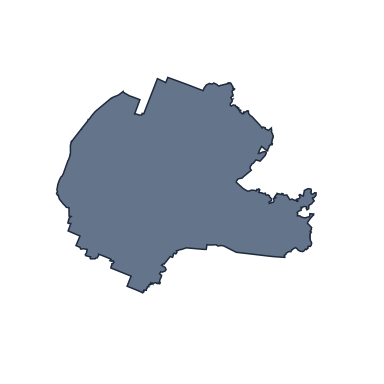 Blīdenes pag., Brocenu, Latvia (Albers equal-area conic projection), rotated 299°
{"feature_id": "27541924B82877034369883", "entity_name": "Blīdenes pag.", "entity_type": "district", "adm_level": 2, "iso_a3": "LVA", "parent_name": "Latvia", "parent_adm1": "Brocenu", "projection": "albers", "projection_center": [22.765, 56.631], "detail": "fine", "context": "isolated", "style": "filled", "palette": "slate", "viewbox_px": 384, "rotation_deg": 299, "n_neighbors": 0, "source": "geoboundaries", "source_scale": "gbopen_adm2", "svg_char_len": 6017}
<svg xmlns="http://www.w3.org/2000/svg" viewBox="0 0 384 384"><g transform="rotate(299 192 192)"><path d="M218.9,313.9L219.9,310.5L220.3,309.7L220.4,308.3L221.5,307.8L226.0,308.3L230.6,309.3L230.7,309.5L231.8,309.1L230.2,305.6L227.5,306.8L224.1,303.3L223.2,300.2L223.4,298.0L222.3,295.6L224.2,295.1L225.0,293.9L227.1,294.6L228.8,296.3L231.5,294.9L231.4,295.9L232.9,296.4L233.8,297.1L234.0,298.1L234.6,299.1L234.5,299.7L233.0,299.9L232.1,301.2L234.0,302.2L235.9,301.2L237.3,300.8L239.8,302.4L241.9,302.6L243.1,303.2L243.5,303.1L244.9,300.3L245.5,300.4L246.1,301.4L249.0,302.1L251.4,301.0L250.8,299.6L249.9,299.4L248.3,298.3L248.2,297.5L249.4,295.9L249.9,296.2L251.4,295.4L252.2,294.7L251.4,292.2L249.6,290.6L247.6,289.5L246.7,290.0L243.7,290.7L243.1,291.3L242.2,291.1L242.1,290.1L242.2,287.6L241.1,287.2L240.4,288.5L239.2,289.2L238.5,289.0L236.3,287.0L235.6,288.8L235.0,289.0L234.7,288.1L235.1,287.4L234.4,284.9L234.4,283.0L232.7,281.3L235.4,276.4L233.7,274.0L233.9,272.6L234.6,272.4L234.2,271.2L233.0,271.2L232.6,269.1L232.1,267.7L231.8,267.7L232.0,267.1L230.8,267.2L230.4,266.9L227.7,266.7L227.6,268.0L225.9,266.4L224.1,268.1L222.4,268.0L219.5,265.1L220.7,264.2L222.9,265.7L224.5,265.0L225.5,262.0L226.2,261.6L226.4,259.9L225.2,258.4L225.5,257.5L226.5,256.8L225.0,254.8L225.2,253.8L224.0,250.7L226.9,250.1L227.1,249.2L227.1,248.9L226.3,248.7L225.7,247.5L225.2,247.8L224.1,247.6L223.9,246.4L222.6,243.2L220.6,241.5L219.7,240.0L219.9,234.8L222.0,226.0L223.1,225.6L225.9,226.0L228.6,229.2L230.4,229.6L239.8,233.3L240.7,231.5L242.2,230.7L242.9,230.6L244.6,230.9L245.3,230.6L246.8,231.7L251.1,232.4L252.0,236.6L259.4,238.3L262.1,238.1L262.7,237.4L262.7,236.1L262.3,235.8L261.3,234.4L258.8,232.6L257.9,231.4L261.4,230.8L265.6,230.8L264.3,237.8L264.8,238.2L266.0,237.5L266.5,237.7L268.4,237.6L269.7,237.1L270.4,237.7L271.6,237.6L271.7,238.1L272.1,238.1L272.0,238.5L272.1,239.1L273.1,239.0L273.3,238.8L273.5,238.1L274.1,237.7L275.2,237.5L275.8,237.0L276.7,237.0L277.9,236.4L278.7,236.7L279.7,236.3L280.1,235.7L280.8,235.5L281.0,235.0L282.2,233.8L283.1,232.2L284.2,232.1L284.8,231.4L285.7,231.0L285.9,230.4L286.2,230.3L282.9,229.0L283.0,228.0L282.7,226.2L282.9,225.4L283.2,224.9L283.7,224.8L283.2,222.5L281.9,222.3L283.4,218.9L286.4,209.8L287.1,207.6L287.0,206.7L287.2,205.7L288.0,203.6L289.2,202.6L290.0,202.2L290.2,201.7L289.5,200.8L289.3,201.0L289.0,200.4L288.2,200.2L287.4,199.5L287.3,198.9L287.0,198.8L286.9,198.3L285.7,198.5L285.6,199.1L284.8,198.2L284.9,197.1L285.3,195.9L285.1,195.6L285.5,195.0L286.0,194.5L286.4,194.5L286.9,195.2L287.1,195.0L286.9,194.1L286.4,194.1L286.2,193.7L287.0,192.7L288.0,192.4L288.1,191.2L287.4,191.1L287.9,190.4L287.9,190.0L288.3,189.9L288.0,189.0L288.8,187.9L288.2,186.0L286.8,185.0L286.3,184.9L286.3,184.0L286.7,183.2L287.8,182.7L289.0,183.0L289.4,182.8L289.9,183.2L291.1,183.1L291.9,182.5L292.9,182.6L292.2,181.9L292.7,181.5L292.8,181.1L293.1,180.8L293.3,180.2L295.3,180.5L295.5,181.2L296.8,181.0L297.4,180.0L299.6,178.1L300.7,178.4L301.3,179.0L301.6,179.0L301.8,178.5L302.3,179.3L302.8,179.3L302.9,178.7L302.6,178.2L302.6,177.6L303.1,177.5L303.5,176.7L304.0,176.6L304.8,175.0L305.9,173.4L305.9,173.1L305.8,172.8L305.9,172.4L305.3,172.3L305.4,171.6L305.1,170.8L304.5,170.5L304.2,170.9L299.2,165.4L297.8,164.3L297.6,163.1L298.1,161.8L297.9,158.2L296.5,157.5L295.7,156.3L295.5,154.7L292.7,152.7L289.0,152.2L286.0,152.5L283.7,135.9L280.5,115.3L275.0,116.0L274.4,106.8L237.0,111.9L236.6,110.3L235.0,110.6L233.8,108.8L233.2,105.4L232.4,104.0L247.5,101.7L246.1,92.1L245.7,91.1L245.8,91.0L245.9,83.7L246.6,83.1L241.0,80.6L236.8,77.1L234.7,76.0L234.8,75.8L215.6,68.4L210.2,67.3L205.6,66.8L205.2,66.1L203.3,66.3L193.3,64.6L193.3,64.9L191.8,64.4L181.0,62.7L178.0,62.4L178.0,62.0L177.1,62.0L177.1,62.3L173.9,63.0L167.3,66.7L165.2,67.3L165.3,67.5L160.3,68.4L159.2,68.3L145.5,70.6L142.7,70.6L141.7,70.1L138.1,70.2L133.6,71.0L129.2,72.5L128.1,73.0L126.8,74.4L125.2,74.1L124.0,75.9L124.5,76.4L121.5,79.4L119.1,85.3L118.4,87.9L117.7,89.4L118.0,90.5L118.6,92.0L111.3,96.2L112.0,98.1L109.6,97.2L104.8,98.4L104.6,99.0L105.7,101.3L97.9,102.5L99.2,115.4L88.9,116.5L89.3,120.9L88.1,122.3L90.0,125.1L90.9,128.1L87.4,129.3L85.6,129.0L84.8,129.8L86.0,134.5L85.7,134.4L84.7,135.1L84.6,135.7L84.4,135.8L86.7,139.7L87.5,139.7L88.5,141.0L91.5,141.0L92.3,140.5L92.8,143.4L94.0,153.5L93.8,153.9L92.1,153.5L92.4,155.1L93.5,156.4L92.9,156.8L93.0,157.6L91.2,157.7L90.5,156.7L88.5,157.5L87.8,157.3L86.2,157.9L88.9,179.5L78.1,180.9L79.3,190.4L79.9,196.4L79.8,197.6L81.0,198.2L81.5,197.6L82.1,197.7L82.3,197.4L82.7,197.5L82.6,198.2L83.3,198.3L83.3,198.6L83.9,199.7L85.4,199.1L86.6,199.4L87.6,199.0L88.3,200.2L89.7,199.3L90.5,200.0L90.6,200.4L91.1,200.7L91.4,200.0L91.9,200.0L92.0,200.4L92.0,200.9L92.5,200.5L92.4,201.1L93.0,201.3L92.7,202.2L93.1,202.0L93.2,202.6L93.7,202.8L94.9,203.8L95.1,204.4L95.0,205.5L95.5,205.8L95.4,206.3L95.6,206.3L96.0,206.8L95.8,207.3L96.0,207.4L96.0,208.1L96.2,208.3L97.0,207.9L97.8,208.5L97.1,207.3L100.0,206.4L102.0,206.4L104.4,205.8L104.7,203.2L107.0,203.3L107.5,204.8L109.7,206.7L111.5,207.0L113.0,205.1L113.3,200.9L115.5,201.9L115.5,202.6L125.1,204.2L125.3,206.5L125.7,206.7L127.5,206.3L128.6,205.7L130.1,206.4L129.9,207.2L130.0,207.8L130.9,208.1L132.0,208.0L133.1,206.9L134.0,208.1L135.2,208.9L136.8,210.8L140.4,214.1L147.7,230.5L148.7,232.3L153.2,230.6L154.1,233.0L157.6,238.8L157.3,240.8L159.5,243.7L160.2,246.1L160.7,259.9L174.5,293.5L179.7,304.7L180.0,304.9L181.3,303.4L182.7,304.3L184.2,304.2L185.6,304.8L186.9,305.7L187.7,307.4L189.9,307.3L190.2,307.8L191.3,308.0L193.6,309.6L193.2,311.7L192.6,313.0L192.7,315.6L193.4,317.1L193.5,317.7L194.8,318.5L197.0,318.9L197.3,319.2L197.2,320.1L199.4,320.7L200.1,319.9L200.9,320.0L201.8,321.9L203.5,322.0L205.4,321.4L206.5,320.0L206.7,319.3L208.8,317.8L208.9,317.3L209.4,317.4L209.9,317.1L210.3,317.1L211.1,316.0L211.7,316.2L212.2,315.9L212.4,315.6L212.7,315.8L213.2,315.5L214.0,315.8L214.4,315.2L214.8,315.5L214.9,314.9L215.1,315.2L215.6,314.5L217.1,314.6L218.1,313.9L218.9,313.9Z" fill="#64748b" stroke="#1e293b" stroke-width="1.5"/></g></svg>